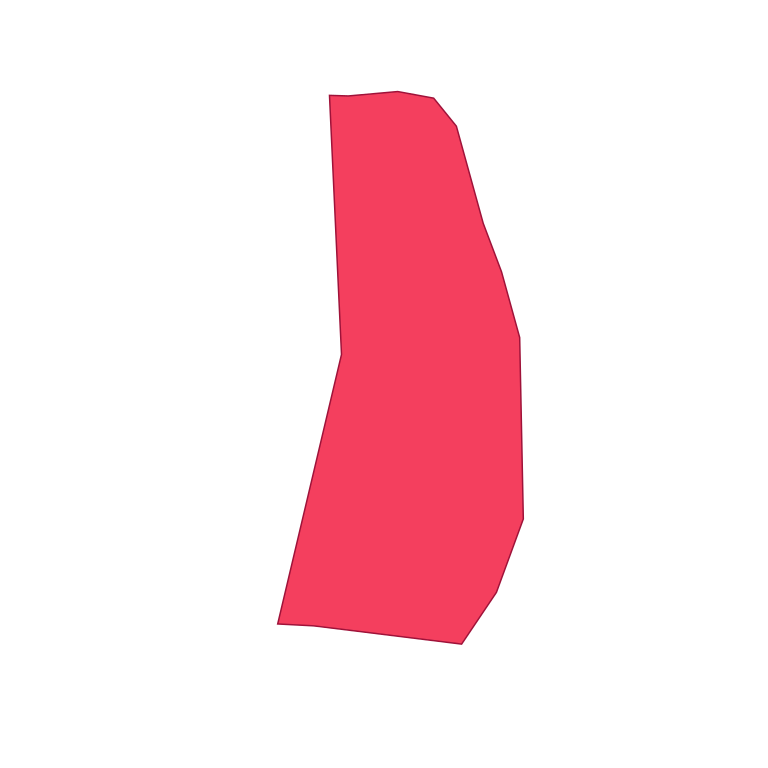 Point Fortin, orthographic projection, rotated 309°
{"feature_id": "TTO-60", "entity_name": "Point Fortin", "entity_type": "City", "adm_level": 1, "iso_a3": "TTO", "parent_name": "Trinidad and Tobago", "parent_adm1": "", "projection": "orthographic", "projection_center": [-61.662, 10.176], "detail": "fine", "context": "isolated", "style": "filled", "palette": "rose", "viewbox_px": 768, "rotation_deg": 309, "n_neighbors": 0, "source": "natural_earth", "source_scale": "10m", "svg_char_len": 351}
<svg xmlns="http://www.w3.org/2000/svg" viewBox="0 0 768 768"><g transform="rotate(309 384 384)"><path d="M130.6,452.4L380.2,332.4L574.0,160.0L585.4,175.0L619.9,210.6L637.4,242.7L629.9,278.0L571.3,360.0L545.1,404.8L505.5,460.2L366.8,577.2L292.8,602.5L230.7,608.0L151.7,481.4L130.6,452.4Z" fill="#f43f5e" stroke="#9f1239" stroke-width="1.5"/></g></svg>